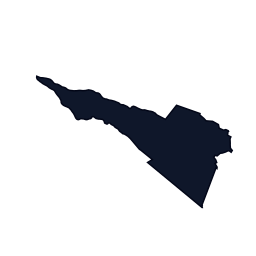 Victoria, Choiseul, Saint Lucia (Equal Earth projection), rotated 114°
{"feature_id": "8701671B14688938630280", "entity_name": "Victoria", "entity_type": "district", "adm_level": 2, "iso_a3": "LCA", "parent_name": "Saint Lucia", "parent_adm1": "Choiseul", "projection": "equal_earth", "projection_center": [-61.04, 13.808], "detail": "fine", "context": "isolated", "style": "filled", "palette": "ink", "viewbox_px": 256, "rotation_deg": 114, "n_neighbors": 0, "source": "geoboundaries", "source_scale": "gbopen_adm2", "svg_char_len": 5618}
<svg xmlns="http://www.w3.org/2000/svg" viewBox="0 0 256 256"><g transform="rotate(114 128 128)"><path d="M90.2,34.8L89.7,35.4L89.7,38.0L91.1,39.8L91.1,44.6L88.1,46.8L87.5,53.4L89.7,59.6L88.4,62.6L86.8,67.9L85.5,68.1L87.5,92.9L104.9,97.3L104.4,105.8L104.2,107.5L104.0,107.8L103.9,108.2L103.7,108.4L103.6,108.6L103.5,109.0L103.4,109.1L103.4,109.3L103.4,110.1L103.3,110.6L103.3,111.0L103.2,111.2L103.2,111.4L103.2,112.1L103.3,112.8L103.3,113.1L103.5,113.8L103.6,114.3L103.6,114.5L104.0,115.7L104.1,116.3L104.1,116.6L104.3,117.3L104.5,119.0L104.6,119.6L104.6,119.8L104.8,120.4L105.3,121.4L105.5,121.7L105.7,122.3L105.7,122.7L105.9,123.7L105.9,125.6L105.9,125.8L105.9,126.3L105.9,126.9L105.9,127.4L105.8,128.6L105.7,129.5L105.8,130.6L105.8,131.1L105.9,131.6L105.9,131.8L106.0,131.9L106.1,132.0L106.3,132.3L106.6,132.6L106.8,132.8L107.0,132.9L107.4,133.1L107.5,133.2L107.8,133.3L108.6,133.4L108.8,133.5L109.1,133.7L109.2,133.9L109.3,134.1L109.4,134.3L109.4,134.5L109.4,134.8L109.3,135.0L109.3,135.5L109.1,136.2L108.9,136.7L108.8,137.1L108.7,137.6L108.7,137.9L108.7,139.2L108.7,139.3L108.7,140.0L108.7,141.0L108.7,141.6L108.8,142.0L109.1,142.6L109.1,142.8L109.3,143.3L109.4,143.8L109.4,144.4L109.4,144.9L109.4,145.2L109.3,145.5L109.2,145.8L109.0,146.2L109.0,146.4L108.9,146.5L108.9,146.9L108.9,147.4L108.9,147.9L109.0,148.6L109.0,149.2L109.0,149.4L109.0,150.9L109.0,151.0L109.5,154.2L110.2,156.9L110.3,159.3L110.8,160.9L110.8,163.3L109.7,165.6L108.8,167.0L108.3,168.2L108.2,169.6L108.8,171.2L108.8,172.6L108.4,174.5L108.6,176.9L109.2,179.5L111.0,182.0L112.2,184.2L113.2,187.2L113.8,188.4L114.8,190.0L116.1,192.7L117.3,196.5L117.5,198.0L117.3,199.6L116.8,201.2L116.9,203.2L117.3,204.8L117.0,206.4L116.7,208.6L116.7,210.2L117.3,212.1L117.2,214.0L115.9,216.4L115.3,218.4L115.3,219.7L115.9,223.0L116.8,226.2L117.7,228.6L117.8,232.4L118.5,232.2L119.0,232.0L119.4,231.7L119.7,231.4L120.2,230.9L120.4,230.5L120.5,230.4L120.7,229.7L120.9,228.9L121.0,228.4L121.3,227.5L121.3,227.4L121.4,227.2L121.5,226.7L121.5,226.3L121.6,225.8L121.7,225.4L121.9,224.7L122.1,224.0L122.1,223.7L122.2,222.5L122.3,222.2L122.3,221.8L122.3,221.4L122.3,221.1L122.4,219.9L122.4,219.5L122.5,219.0L122.6,218.3L122.8,217.7L123.1,216.7L123.2,216.4L123.2,216.0L123.4,215.2L123.4,214.9L123.5,213.9L123.5,213.7L123.5,213.3L123.5,212.9L123.5,212.5L123.5,212.2L123.5,211.9L123.6,211.1L123.7,210.9L123.7,210.6L123.8,210.4L124.0,210.1L124.2,209.8L124.3,209.5L124.7,209.1L125.1,208.5L125.7,207.6L126.8,205.6L126.9,205.4L127.6,203.9L128.0,203.2L128.3,202.7L128.6,202.2L129.0,201.8L129.2,201.5L129.4,201.3L129.6,201.0L129.9,200.6L130.1,200.4L130.3,200.2L130.9,199.9L131.1,199.8L131.4,199.6L131.9,199.3L132.0,199.3L132.1,199.2L132.3,198.9L132.5,198.7L132.9,198.0L132.9,197.9L133.0,197.8L133.5,196.2L133.4,196.1L133.5,195.6L133.5,195.3L133.5,195.2L133.6,194.4L133.6,193.8L133.5,193.4L133.5,192.8L133.5,192.5L133.5,192.2L133.5,191.1L133.5,190.5L133.5,190.4L133.5,190.2L133.9,189.3L134.2,188.5L134.4,188.0L134.6,187.6L134.8,187.1L135.2,186.6L135.3,186.4L135.8,185.6L136.1,185.0L136.3,184.7L136.4,184.4L137.0,183.5L137.3,183.1L137.4,182.9L137.5,182.8L137.5,182.7L138.0,182.2L138.8,181.3L139.1,180.9L139.6,180.4L139.9,180.0L140.1,179.7L140.4,179.3L140.5,178.9L140.6,178.7L140.7,178.3L140.8,178.2L140.7,177.3L140.7,177.0L140.5,176.7L140.4,176.5L140.1,176.2L139.6,175.7L139.1,175.4L138.8,175.1L138.7,174.9L138.5,174.5L138.3,173.9L138.2,173.6L138.1,173.3L138.0,172.9L137.8,172.5L137.7,172.1L137.7,171.8L137.6,171.0L137.5,170.4L137.5,170.1L137.3,169.6L137.2,169.2L137.0,168.9L136.9,168.7L136.3,168.2L136.1,168.0L136.0,167.7L135.8,167.5L135.3,167.1L135.2,167.0L135.1,166.7L134.8,166.3L134.8,166.2L134.6,166.0L134.5,165.9L134.0,165.7L133.7,165.5L133.4,165.4L132.9,165.5L132.6,165.5L132.4,165.5L132.3,165.4L132.1,165.2L132.0,164.9L131.8,164.7L131.7,164.3L131.7,164.2L131.7,163.8L131.8,163.2L131.9,162.7L132.1,161.9L132.1,161.7L132.2,161.4L132.3,160.9L132.1,160.6L132.1,160.3L132.1,160.1L132.1,159.9L132.0,159.6L131.9,159.1L131.9,158.9L131.8,158.6L131.6,158.1L131.5,157.9L131.4,157.7L131.3,157.3L131.2,157.0L131.1,156.9L131.1,156.7L131.0,156.3L130.9,156.0L130.8,155.6L130.6,155.3L130.6,155.1L130.6,154.3L130.6,154.2L130.8,153.8L130.9,153.4L131.0,153.2L131.3,152.9L131.9,152.2L132.5,151.7L132.8,151.5L132.8,151.4L132.9,151.2L133.0,151.1L133.0,150.9L133.0,150.6L133.0,150.3L133.0,150.2L133.0,149.7L133.0,149.3L133.0,149.0L132.9,148.9L132.8,148.6L132.7,148.5L132.6,148.4L132.2,148.2L131.9,148.2L131.7,148.1L131.4,147.9L131.2,147.7L131.0,147.3L130.9,147.1L130.9,146.8L130.9,146.6L131.0,146.3L131.0,146.0L131.3,145.4L131.4,145.1L131.5,144.7L131.6,143.7L131.6,143.0L131.6,142.7L131.7,142.1L131.7,141.9L131.8,141.7L132.1,141.0L132.3,140.8L132.4,140.5L132.4,140.4L132.5,140.1L132.6,139.6L132.6,139.3L132.7,139.2L132.7,138.9L132.7,138.7L132.8,138.2L132.8,137.9L132.8,137.7L132.9,137.2L133.0,136.8L133.1,136.3L133.2,136.1L133.3,136.0L133.6,135.5L133.8,135.3L134.0,134.9L134.2,134.6L134.3,134.4L134.4,134.1L134.6,133.0L134.8,132.4L134.9,132.0L135.0,131.4L135.1,131.1L135.3,130.6L135.3,130.4L135.3,130.0L135.2,129.7L135.0,129.3L134.9,129.2L134.9,128.9L135.0,128.7L135.1,128.1L135.2,127.4L135.2,127.1L135.3,126.2L135.4,125.9L135.5,125.4L135.5,125.1L135.4,125.2L136.7,121.5L142.9,108.7L142.8,108.2L146.9,92.9L151.5,96.1L170.5,28.0L170.4,27.8L169.4,28.6L168.8,28.5L168.2,29.1L128.5,31.4L128.8,30.3L127.5,30.7L125.0,34.1L123.5,32.9L121.4,34.9L119.9,37.7L117.6,37.4L117.2,35.2L113.6,33.5L112.4,31.5L110.1,29.0L108.6,27.8L107.6,26.4L108.2,23.9L106.1,23.6L104.8,26.2L101.9,27.8L100.4,28.4L96.4,30.4L94.3,30.4L94.1,34.1L90.6,35.2L90.2,34.8Z" fill="#0f172a" stroke="#020617" stroke-width="1.5"/></g></svg>